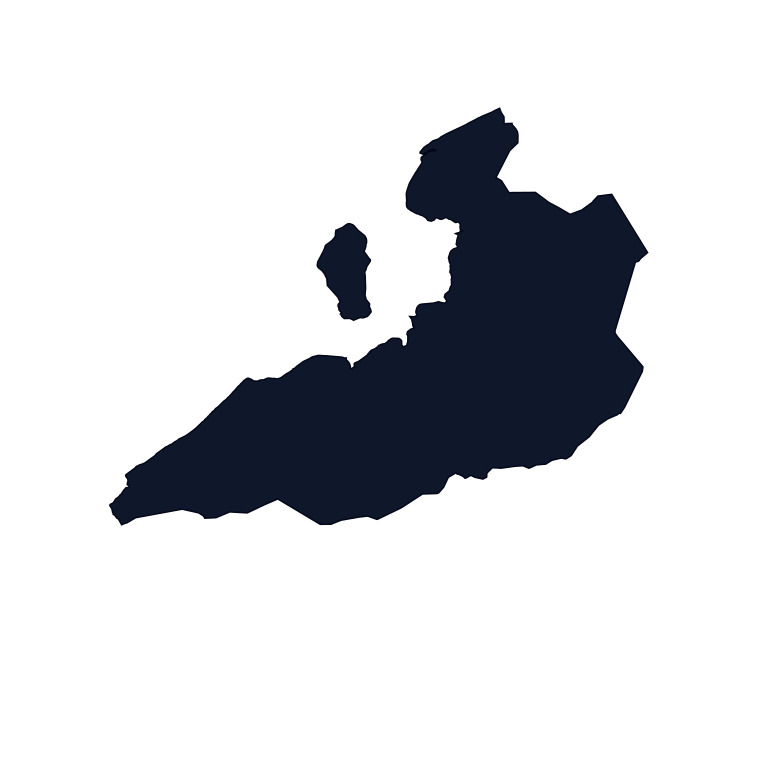 Lelu, Kosrae, Federated States of Micronesia (Equal Earth projection), rotated 234°
{"feature_id": "79324940B37039931365827", "entity_name": "Lelu", "entity_type": "district", "adm_level": 2, "iso_a3": "FSM", "parent_name": "Federated States of Micronesia", "parent_adm1": "Kosrae", "projection": "equal_earth", "projection_center": [163.023, 5.336], "detail": "fine", "context": "isolated", "style": "filled", "palette": "ink", "viewbox_px": 768, "rotation_deg": 234, "n_neighbors": 0, "source": "geoboundaries", "source_scale": "gbopen_adm2", "svg_char_len": 6153}
<svg xmlns="http://www.w3.org/2000/svg" viewBox="0 0 768 768"><g transform="rotate(234 384 384)"><path d="M539.1,639.6L540.2,634.0L540.5,631.1L543.1,620.3L543.2,618.8L543.7,617.1L544.4,611.5L545.5,605.1L545.5,603.5L549.6,581.8L550.4,575.4L550.2,572.2L551.9,566.6L551.9,563.4L551.6,562.1L551.9,559.1L551.9,555.2L550.3,549.3L549.5,548.9L547.0,550.7L546.6,551.9L546.5,555.4L546.0,559.3L545.3,561.3L544.7,562.2L542.9,563.4L542.5,563.4L542.5,562.6L544.7,559.7L545.4,557.0L545.6,553.3L545.5,547.8L545.0,546.9L544.1,546.1L543.4,545.7L541.7,545.7L540.4,544.3L537.6,536.8L536.8,535.4L536.7,534.5L532.6,525.1L531.2,522.2L527.1,516.5L525.0,514.0L518.4,509.7L517.3,508.5L514.2,506.6L511.4,506.6L510.1,507.4L509.0,507.4L506.0,509.0L504.8,509.3L504.2,509.8L502.4,510.7L500.8,512.2L499.9,512.4L497.1,514.4L495.3,514.9L494.7,515.5L490.5,515.7L488.0,517.9L487.2,520.8L487.4,521.9L487.9,522.7L487.9,523.5L487.0,524.8L484.6,526.0L483.5,527.2L482.7,529.9L482.6,531.5L482.3,532.0L480.5,533.0L479.3,533.3L478.1,534.6L472.8,536.6L472.2,537.4L471.8,538.8L471.3,539.3L470.4,539.6L468.6,539.6L467.4,538.8L466.9,538.1L466.2,538.0L465.7,537.3L464.6,537.1L464.3,536.6L463.9,536.4L462.1,537.3L461.5,537.3L461.3,537.1L462.7,535.4L462.2,534.0L463.4,531.2L463.6,530.3L461.3,531.7L460.1,530.8L458.7,528.8L457.2,527.1L456.6,526.9L455.7,525.6L454.9,525.1L454.7,524.6L451.4,524.3L451.4,522.9L452.4,519.6L452.3,516.6L451.9,516.3L451.7,515.0L448.1,510.2L446.6,509.9L446.3,509.4L444.8,509.1L444.5,508.6L444.1,508.5L441.8,508.3L440.9,507.1L437.6,505.1L436.8,503.8L435.9,503.5L435.6,503.0L433.4,502.9L432.3,502.2L431.0,502.1L430.5,501.4L429.9,501.1L429.1,499.9L426.9,498.7L426.7,498.3L425.8,497.9L425.5,497.5L424.6,497.1L424.0,496.3L423.7,495.1L421.0,491.5L420.7,486.3L418.9,483.9L414.9,483.7L414.4,483.6L413.8,482.8L413.8,480.5L416.1,478.3L418.5,476.5L420.3,471.7L426.6,461.2L427.2,459.6L427.2,457.4L426.8,457.0L426.6,455.8L424.2,452.6L423.3,452.2L423.0,451.8L422.6,451.6L420.3,451.5L420.3,449.2L420.9,447.6L423.5,444.5L419.6,444.4L419.1,444.2L418.9,443.8L417.3,443.4L417.1,443.0L415.5,442.6L415.3,442.2L414.1,441.5L413.0,442.0L412.6,441.9L412.4,441.2L411.5,441.3L412.6,437.8L412.5,433.7L410.8,431.8L408.9,431.6L404.5,428.3L401.7,424.9L402.5,422.6L402.3,422.6L402.5,421.8L403.1,421.3L405.2,421.3L408.5,423.6L410.2,423.6L412.3,422.7L415.9,418.0L416.4,416.6L416.5,413.0L416.1,411.4L416.1,409.0L416.2,408.2L417.1,406.6L417.7,405.0L417.9,403.4L418.3,402.6L418.3,402.0L417.9,401.6L417.8,401.0L417.8,397.8L418.8,393.1L418.5,392.8L418.3,390.7L417.9,390.4L417.7,388.3L417.3,388.0L417.2,387.4L417.2,377.0L418.2,372.3L417.6,371.5L415.5,370.4L415.4,367.3L415.9,365.8L417.0,366.6L420.3,368.0L422.9,368.2L425.9,367.7L427.3,368.8L427.9,367.6L430.3,365.9L439.8,355.0L445.8,347.6L448.1,341.9L448.3,339.2L449.6,331.9L449.6,323.4L449.2,321.5L449.7,319.2L449.3,318.9L449.2,318.3L449.2,314.3L449.6,311.4L449.7,303.8L450.9,300.6L451.5,299.8L452.8,298.8L454.0,297.0L456.0,294.9L457.1,293.4L457.6,291.8L458.0,289.4L460.0,286.1L460.5,283.8L461.0,282.9L463.3,280.1L465.0,279.8L468.2,277.9L468.8,277.1L469.1,276.0L469.1,272.4L468.5,270.0L468.4,268.0L468.0,267.1L467.8,264.5L467.4,263.1L467.1,261.3L466.8,260.7L466.0,256.0L465.6,255.1L465.4,253.3L464.9,251.6L464.8,249.3L464.3,247.6L464.3,244.4L463.1,236.4L463.1,233.2L462.5,231.5L462.4,228.4L462.0,227.5L461.8,225.5L461.3,224.3L461.2,222.4L460.7,221.1L460.6,218.4L460.1,217.1L460.0,213.9L459.5,211.5L459.4,209.9L458.9,206.7L458.6,202.0L458.6,195.6L458.8,192.2L460.0,185.9L459.8,182.6L460.2,181.1L460.1,177.1L460.7,174.7L460.8,172.3L461.3,170.7L461.3,158.6L460.7,157.0L460.7,144.2L461.4,141.0L462.3,138.6L462.5,136.2L462.9,135.4L462.9,134.7L462.5,134.4L462.4,133.8L462.3,121.9L461.7,121.1L461.2,120.9L457.2,120.8L456.9,120.3L456.0,120.0L454.5,117.9L453.6,117.6L453.4,117.1L451.7,117.8L450.6,117.6L450.6,116.2L451.6,114.6L451.7,113.8L451.6,113.1L451.2,112.8L451.0,110.7L450.6,110.4L449.8,107.5L449.4,107.2L449.3,105.0L448.7,103.4L448.7,99.3L447.6,96.8L447.0,94.4L447.5,92.1L447.4,91.5L446.8,90.7L442.7,90.5L442.2,90.4L442.0,89.9L440.5,89.6L440.2,89.1L438.1,88.8L437.8,88.3L436.2,89.0L432.6,89.0L430.8,89.8L424.3,89.0L423.3,93.4L422.8,94.2L421.8,104.5L401.4,147.1L388.7,158.3L383.5,160.4L380.8,160.1L374.6,169.5L371.2,184.0L360.1,197.6L356.5,216.9L353.4,230.5L308.0,249.9L301.7,258.7L299.1,269.1L290.8,286.0L286.7,293.2L278.8,298.6L278.4,299.2L273.7,325.2L272.4,350.5L264.1,362.7L263.8,364.4L265.4,371.5L270.7,381.2L269.8,390.3L268.1,390.2L267.5,391.2L262.5,393.8L260.5,394.0L260.1,394.3L259.7,395.1L259.1,400.5L255.0,402.8L248.9,408.2L248.3,412.3L251.4,414.9L252.6,422.2L249.7,426.1L247.1,429.2L240.2,442.1L236.2,448.3L230.8,451.7L230.5,452.3L229.0,459.7L224.1,467.8L223.6,475.0L219.9,483.9L216.8,486.8L216.4,487.7L216.1,493.5L220.1,503.9L220.7,519.0L224.6,533.4L224.3,544.5L222.0,554.8L222.2,557.1L221.2,558.0L223.7,564.8L242.4,600.5L245.7,603.6L285.0,600.7L288.8,600.8L290.1,601.3L291.3,602.2L334.8,659.0L333.7,662.2L334.7,665.4L335.4,674.5L403.6,679.7L410.3,667.5L409.0,660.7L408.5,659.5L408.5,645.9L409.0,644.6L411.8,634.3L423.9,629.0L433.9,624.1L450.0,619.1L465.1,598.0L465.8,597.6L479.2,598.5L485.3,596.0L498.9,622.9L500.5,634.1L506.5,638.6L509.6,640.2L512.8,640.6L518.8,640.1L519.6,640.8L524.0,634.2L529.6,638.1L534.8,638.4L539.1,639.6ZM534.8,449.1L535.1,446.8L535.0,443.1L535.4,440.9L536.4,436.2L536.7,435.6L535.3,434.0L532.6,431.9L531.7,430.5L530.7,426.6L530.5,422.8L530.6,418.9L530.1,417.4L528.8,415.9L527.0,412.8L521.7,402.1L519.0,399.5L516.7,399.2L512.2,400.5L508.6,400.6L502.9,399.7L497.0,396.1L481.4,397.7L476.0,396.7L475.4,393.8L473.7,392.4L472.1,392.3L471.0,391.4L469.6,391.1L467.0,391.6L466.3,389.9L466.0,390.2L463.6,389.6L460.4,390.3L457.0,395.0L454.2,396.6L453.5,396.7L451.9,403.5L449.8,406.0L448.5,409.9L448.6,411.5L449.9,416.0L452.2,417.0L455.6,417.7L456.2,418.6L457.6,419.5L462.7,419.2L466.9,420.8L472.4,425.5L482.5,432.3L485.8,434.2L486.4,435.0L486.8,436.1L489.1,439.1L491.4,445.0L492.1,445.7L493.1,446.0L494.0,445.7L502.9,445.8L503.5,446.3L503.9,447.4L506.3,450.6L507.2,451.0L508.6,453.0L510.7,454.5L512.3,455.2L515.3,455.6L523.6,453.3L529.7,452.8L531.4,452.2L533.7,450.6L534.8,449.1Z" fill="#0f172a" stroke="#020617" stroke-width="1.5"/></g></svg>